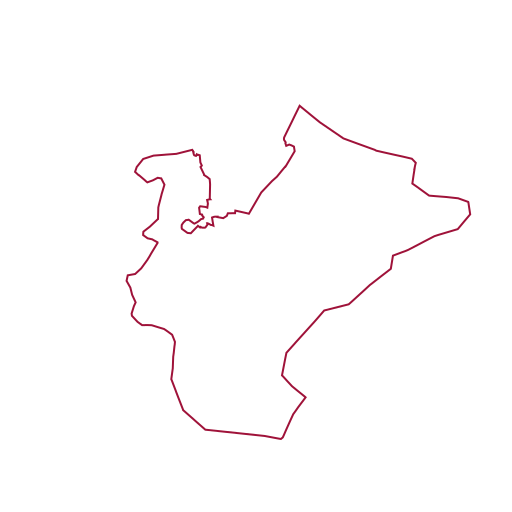 the district of Sanhan wa Bani Bahlul, Sana'a, Yemen, rotated 36°
{"feature_id": "15242507B89205574884990", "entity_name": "Sanhan wa Bani Bahlul", "entity_type": "district", "adm_level": 2, "iso_a3": "YEM", "parent_name": "Yemen", "parent_adm1": "Sana'a", "projection": "mercator", "projection_center": [44.289, 15.226], "detail": "fine", "context": "isolated", "style": "outline", "palette": "rose", "viewbox_px": 512, "rotation_deg": 36, "n_neighbors": 0, "source": "geoboundaries", "source_scale": "gbopen_adm2", "svg_char_len": 4381}
<svg xmlns="http://www.w3.org/2000/svg" viewBox="0 0 512 512"><g transform="rotate(36 256 256)"><path d="M383.5,145.5L388.7,135.1L391.0,131.9L394.6,127.2L403.4,115.7L403.5,114.6L404.2,104.3L404.8,96.4L396.1,87.6L395.9,87.5L395.2,87.7L385.6,90.5L379.5,94.0L375.3,96.4L366.5,101.8L360.9,105.2L360.5,105.4L360.3,105.4L357.1,105.4L353.6,105.4L351.6,105.4L345.1,105.4L339.9,105.5L335.5,97.1L334.9,95.9L333.0,92.2L332.9,92.3L331.5,89.2L330.7,87.2L330.5,86.7L324.9,85.7L316.3,89.3L308.1,92.9L301.4,95.8L297.0,97.7L293.9,99.0L291.4,100.1L289.7,100.3L271.7,105.5L257.6,109.5L229.3,110.3L228.8,110.3L221.5,109.9L217.8,109.7L205.9,109.0L203.0,108.8L205.0,120.3L206.1,126.4L208.1,138.0L209.1,143.6L209.8,144.9L210.7,145.7L212.8,146.4L213.2,146.6L213.4,147.4L215.7,149.1L217.4,146.3L218.9,145.9L219.4,145.7L222.4,145.2L224.3,147.1L225.7,148.5L226.5,157.0L227.3,165.9L227.3,166.4L227.1,166.4L226.7,172.4L226.6,174.4L226.3,179.6L224.9,186.0L222.9,201.5L225.4,226.0L223.8,226.6L215.4,230.2L212.6,231.4L213.9,233.7L211.7,235.3L209.6,236.9L209.5,237.0L208.3,237.8L208.1,238.0L208.6,239.8L208.7,240.2L208.8,240.7L208.5,241.4L208.4,241.8L208.3,242.0L207.9,243.0L207.7,243.4L207.3,244.6L206.7,244.9L204.6,245.9L201.9,247.2L201.7,246.8L200.1,248.0L199.7,248.3L199.5,248.5L198.9,249.1L198.7,249.4L198.3,250.0L198.2,250.1L197.8,250.7L199.7,252.6L200.2,253.1L200.7,253.6L203.7,256.5L202.3,256.8L201.3,257.4L198.7,257.7L197.3,258.1L197.2,258.2L198.3,259.0L198.3,261.3L198.3,262.0L198.3,262.6L198.0,263.1L196.7,264.1L195.6,264.8L194.5,265.0L194.1,265.0L194.0,265.8L191.3,265.7L191.3,265.9L191.1,267.4L190.4,272.1L189.9,275.9L187.0,277.6L183.5,277.6L180.1,277.6L179.2,276.8L177.7,274.6L177.6,273.0L177.6,271.6L178.2,268.2L179.8,266.7L180.2,266.2L186.2,266.2L186.4,266.2L187.2,266.0L188.3,263.7L189.0,262.0L189.5,260.2L189.8,258.6L191.2,256.8L191.0,256.5L191.0,255.5L190.5,255.2L189.8,255.2L188.6,254.8L188.5,254.5L188.1,254.3L188.0,254.5L187.4,254.5L186.6,254.7L185.9,255.0L183.5,252.4L181.6,250.4L181.6,249.2L181.6,248.6L183.5,247.5L183.8,247.4L185.4,246.5L186.1,246.1L187.0,245.8L188.2,245.5L187.3,243.8L186.5,242.3L186.5,242.2L186.1,241.7L185.6,241.2L184.8,240.5L184.8,240.4L184.2,240.0L183.5,239.4L185.2,237.3L185.6,237.0L184.9,236.8L183.6,234.9L176.8,225.1L175.4,223.4L173.3,221.0L170.1,220.8L168.3,220.9L166.3,221.0L166.0,220.5L158.8,216.6L159.0,215.2L159.0,214.7L156.0,213.0L154.0,210.7L151.3,207.6L151.0,207.7L150.9,207.7L150.4,207.8L149.8,208.2L149.6,208.2L149.5,208.4L149.3,208.7L148.5,208.5L148.3,208.5L148.6,210.3L147.7,210.6L147.2,210.7L146.8,210.8L146.0,210.4L145.2,209.7L144.6,209.3L144.5,208.6L144.1,208.5L144.0,208.4L143.6,208.4L143.1,207.9L142.4,207.8L142.0,207.6L131.5,220.2L123.8,226.7L123.0,227.4L120.8,229.3L114.1,235.0L107.7,243.8L107.2,254.1L108.7,259.0L113.5,259.6L113.7,259.4L115.1,259.5L121.5,260.0L122.9,260.2L124.7,260.3L124.8,260.3L128.1,255.4L130.5,250.5L133.0,249.3L133.7,248.9L140.0,252.1L142.1,258.0L143.3,261.5L143.5,261.9L147.5,272.0L148.4,274.1L155.0,283.7L154.9,283.9L153.2,293.0L152.9,294.6L150.6,302.5L151.4,303.9L152.4,305.4L157.9,305.4L162.3,303.5L163.7,303.4L168.3,302.8L168.7,303.3L168.7,303.6L169.7,315.6L170.1,319.1L170.3,322.0L170.4,322.8L170.4,333.4L170.4,333.5L168.8,341.6L163.6,347.0L165.9,352.2L171.8,354.9L172.9,355.4L178.6,360.2L184.9,363.7L185.9,364.3L186.7,368.3L189.2,375.7L190.8,377.3L196.3,378.4L198.9,378.9L204.5,378.9L207.8,376.4L208.6,375.8L212.0,373.5L212.6,373.2L218.8,371.1L224.5,369.1L227.0,369.0L234.4,369.0L235.7,369.8L237.3,370.8L240.9,373.1L242.4,375.6L243.0,376.8L246.5,382.9L248.2,386.1L251.2,390.6L254.7,395.8L259.9,405.5L260.8,406.0L270.3,412.2L271.0,412.7L276.7,416.4L287.3,423.2L287.6,423.5L301.4,424.8L303.2,425.0L308.5,425.5L317.1,426.3L368.8,396.5L378.3,392.0L382.3,390.1L383.7,389.4L383.8,388.9L384.0,388.3L384.2,387.4L384.3,387.0L383.8,384.5L383.2,381.8L382.3,377.7L380.4,368.6L379.5,364.1L379.1,362.1L379.1,359.1L379.1,358.6L379.0,353.2L379.2,341.9L379.2,341.2L378.3,341.1L368.7,340.6L361.7,340.2L359.3,339.7L354.7,338.8L349.1,337.6L347.2,337.3L340.0,321.9L337.5,316.4L338.7,304.9L338.9,302.6L341.9,274.9L342.3,270.6L343.2,260.0L358.9,241.2L359.4,240.6L360.0,237.9L360.9,233.6L364.1,218.0L365.2,212.4L365.8,210.5L368.8,200.0L372.6,187.1L367.9,177.8L367.1,176.2L366.6,175.2L366.8,174.9L367.0,174.6L371.3,168.1L371.4,167.9L373.8,164.4L375.4,161.8L380.8,151.0L383.5,145.5Z" fill="none" stroke="#9f1239" stroke-width="2"/></g></svg>